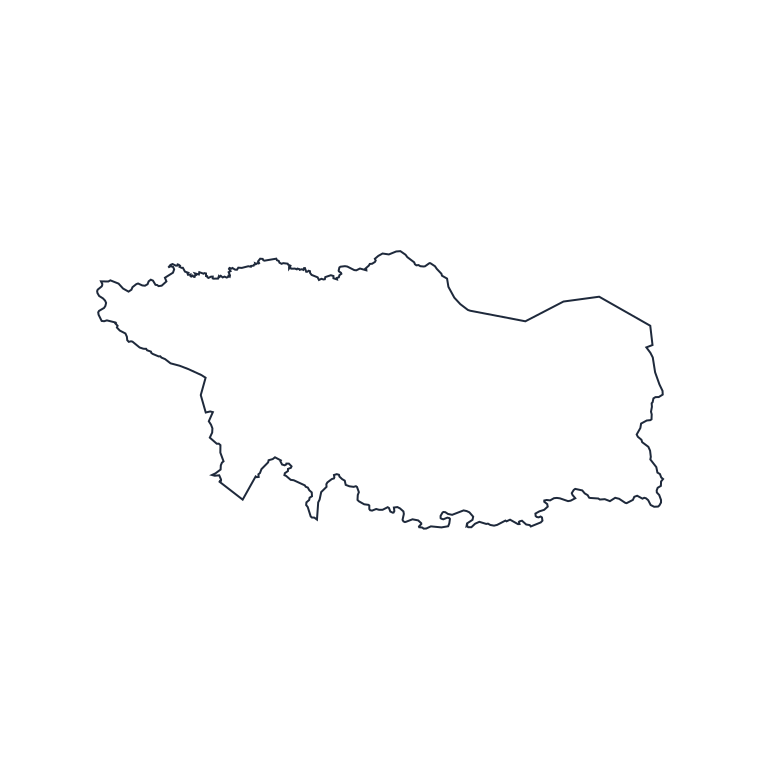 Me, Agnéby, Ivory Coast, rotated 111°
{"feature_id": "98640826B88194950838049", "entity_name": "Me", "entity_type": "district", "adm_level": 2, "iso_a3": "CIV", "parent_name": "Ivory Coast", "parent_adm1": "Agnéby", "projection": "natural_earth1", "projection_center": [-3.666, 5.937], "detail": "fine", "context": "isolated", "style": "outline", "palette": "slate", "viewbox_px": 768, "rotation_deg": 111, "n_neighbors": 0, "source": "geoboundaries", "source_scale": "gbopen_adm2", "svg_char_len": 6148}
<svg xmlns="http://www.w3.org/2000/svg" viewBox="0 0 768 768"><g transform="rotate(111 384 384)"><path d="M305.6,529.5L311.7,539.8L311.7,541.0L310.7,542.1L311.4,544.5L314.6,545.5L315.9,543.9L316.4,544.2L316.6,545.5L317.6,546.3L317.5,547.5L318.3,546.9L319.2,548.1L320.2,548.1L321.4,550.4L322.2,550.3L322.7,552.9L326.6,558.4L327.6,561.7L330.0,562.2L330.6,564.0L330.0,567.1L330.9,567.6L331.0,569.8L332.1,570.0L333.6,567.7L335.3,569.1L337.8,566.7L339.1,566.5L338.8,568.0L340.0,568.0L341.0,569.0L340.9,571.4L342.3,572.8L341.5,575.2L342.9,575.8L342.4,576.8L345.1,576.7L346.8,581.1L346.8,581.8L345.1,582.4L345.8,584.0L347.9,585.9L347.7,587.0L346.7,587.7L347.0,588.8L344.6,589.8L344.9,591.5L345.7,592.0L345.8,596.5L348.1,596.1L348.5,600.2L349.7,598.6L350.4,599.3L351.9,599.2L352.1,600.2L351.3,601.5L352.8,602.5L352.5,603.4L351.0,603.8L352.3,606.1L351.2,607.1L350.3,606.7L350.4,610.1L347.6,613.4L348.1,614.6L347.9,616.9L346.7,616.8L346.2,618.4L346.3,619.5L347.5,619.4L348.1,620.7L347.8,624.4L349.3,626.0L352.5,627.1L350.5,625.4L350.3,622.8L352.2,621.0L355.7,620.9L363.3,626.6L366.2,623.9L371.9,626.8L373.4,629.5L372.9,631.3L373.3,632.9L370.3,636.7L370.2,639.1L372.5,640.5L375.6,640.5L377.9,642.4L378.6,645.0L378.3,649.6L379.5,651.0L383.7,653.5L386.5,653.6L389.3,655.6L388.4,661.8L385.4,667.8L385.3,676.6L387.1,678.1L389.6,685.0L391.6,682.8L392.7,682.5L394.0,682.5L398.5,685.1L400.1,685.1L401.8,684.1L403.9,681.5L404.8,677.0L406.1,674.3L407.9,672.5L411.0,672.1L413.3,672.6L417.8,676.2L419.5,676.5L421.6,675.3L426.3,670.2L425.7,667.8L423.9,665.5L422.8,656.6L423.1,656.1L423.8,656.4L425.1,653.6L427.0,653.6L428.8,649.8L429.5,643.5L432.0,641.0L435.1,639.4L436.1,637.4L434.8,635.5L434.6,634.0L437.5,625.2L437.3,621.2L436.4,618.7L437.4,617.3L437.3,613.2L438.3,612.5L438.8,610.8L439.0,604.2L438.3,602.8L439.1,601.2L439.2,597.4L441.2,590.7L440.2,581.4L440.2,572.1L441.1,557.7L442.1,552.8L460.0,551.1L474.5,540.2L471.9,536.4L471.6,533.7L481.6,534.2L484.0,530.9L486.9,528.3L490.9,527.0L496.5,527.4L499.7,518.7L498.9,516.9L499.7,514.8L506.7,512.2L513.7,506.1L515.5,507.1L518.4,507.2L522.4,505.9L527.8,509.3L530.6,512.0L530.3,509.1L528.3,505.1L531.6,501.9L532.7,501.5L533.2,502.4L534.2,502.5L542.6,474.5L516.3,470.7L516.6,469.5L515.7,467.7L513.3,468.9L511.6,467.9L507.4,467.9L498.7,464.1L496.5,464.4L494.0,461.0L491.5,459.5L492.3,452.9L493.2,453.1L495.7,450.3L495.5,447.6L494.2,446.5L493.3,446.6L492.4,444.3L494.0,440.8L495.6,440.9L497.7,443.2L499.7,442.5L502.8,444.6L504.8,444.3L504.9,442.4L506.9,436.8L506.2,433.8L507.0,421.6L508.0,420.3L508.0,418.0L510.0,415.6L511.1,412.6L514.6,411.0L516.8,412.7L519.1,412.3L522.3,414.0L524.9,413.3L526.2,411.1L533.9,405.0L534.5,403.5L533.7,401.2L534.6,398.0L518.1,403.0L515.0,402.7L507.4,403.9L500.6,400.8L498.2,401.9L496.2,401.6L491.5,398.7L490.1,396.9L488.9,396.9L486.9,398.1L485.1,395.8L484.9,393.5L486.4,392.4L487.8,389.0L488.3,386.0L491.9,383.6L491.9,379.6L490.9,375.5L489.5,373.6L489.8,372.3L494.0,368.7L497.0,368.7L501.7,367.2L502.5,365.5L503.4,359.4L502.4,355.2L502.7,354.2L506.0,352.9L506.8,351.7L506.5,349.8L503.5,346.5L503.2,343.4L501.9,340.2L497.7,336.4L498.0,334.9L500.8,332.4L501.0,329.7L500.6,329.0L498.9,328.8L495.8,330.5L494.1,327.4L494.4,324.5L496.0,320.2L498.2,318.9L504.2,318.0L505.3,316.6L505.4,315.0L504.7,314.0L500.1,308.9L499.1,303.2L500.6,299.4L501.3,299.0L504.5,300.3L505.1,299.8L504.3,296.9L504.8,295.1L503.8,292.8L500.1,289.2L497.3,279.0L493.8,273.1L490.7,273.1L486.3,274.1L485.8,274.9L486.1,277.0L489.1,280.2L489.2,282.2L488.9,283.1L486.9,283.9L483.1,283.3L482.2,282.7L481.7,280.8L482.4,277.7L481.7,273.5L473.5,264.4L473.0,261.3L473.2,258.3L475.9,253.2L479.1,252.7L484.4,256.5L487.1,256.0L486.5,255.5L487.2,255.2L487.5,254.1L486.4,251.1L481.8,248.9L478.5,245.6L478.0,238.4L477.1,236.9L477.5,234.2L476.8,230.5L475.0,227.9L468.0,221.7L468.3,220.4L465.5,217.7L466.8,208.7L466.2,207.3L464.4,208.6L463.7,208.3L462.2,206.2L464.2,200.9L463.5,197.4L464.4,195.9L457.0,188.0L454.8,187.1L452.0,188.7L451.6,190.3L453.1,191.9L453.4,193.8L452.9,195.1L450.7,196.2L447.2,193.3L444.1,189.4L439.8,187.2L437.6,188.6L436.5,192.2L435.3,192.6L434.0,190.6L433.1,187.2L429.7,184.4L428.4,181.8L427.7,178.8L427.4,170.2L426.0,167.9L422.1,164.5L420.0,168.3L418.6,169.6L414.9,168.9L413.4,167.9L412.3,160.8L414.2,157.4L414.8,154.0L416.6,151.8L416.5,150.7L414.1,142.9L414.5,141.1L412.4,136.6L412.4,131.1L407.4,127.4L406.9,123.4L408.5,116.1L408.3,114.8L403.0,110.1L399.6,109.9L397.6,107.6L398.4,101.6L397.0,100.3L396.8,98.5L397.8,95.7L401.4,91.7L401.8,87.8L400.2,84.2L398.7,83.4L395.4,82.9L393.0,83.8L389.0,87.3L387.5,90.4L385.6,91.3L382.8,91.3L379.9,89.0L375.7,90.4L372.7,89.4L371.9,91.7L369.2,94.1L368.7,97.0L364.0,100.0L359.0,108.3L356.4,108.8L350.9,111.7L347.9,114.7L345.8,122.1L343.8,123.7L342.3,128.1L340.6,130.0L333.2,128.9L328.8,129.8L323.9,125.6L322.3,122.4L321.1,121.6L316.4,123.2L314.2,124.8L309.3,125.7L306.1,127.2L304.7,126.7L300.9,127.3L299.0,125.9L297.7,122.8L294.0,120.0L290.6,121.5L285.7,126.7L275.9,135.1L262.9,142.6L259.4,146.5L255.8,152.2L251.4,147.3L234.2,156.3L225.4,214.4L242.7,246.0L274.8,274.5L284.7,329.8L284.8,332.2L282.1,341.4L278.2,349.3L270.2,358.7L263.0,362.9L262.1,368.7L260.5,369.9L257.6,376.0L255.8,378.6L254.6,384.0L254.9,384.9L259.4,387.9L260.1,389.1L261.0,392.3L260.6,394.4L261.6,396.3L261.1,398.1L259.6,399.4L257.2,407.7L255.6,410.2L254.1,416.3L255.9,420.1L261.3,425.9L262.7,432.1L266.4,435.2L270.4,437.4L271.7,436.0L273.3,436.2L276.0,438.2L277.0,440.3L278.9,440.6L282.9,442.7L283.2,441.7L284.2,441.2L284.8,447.8L287.8,450.6L288.3,452.6L287.5,460.4L288.0,462.7L290.1,466.7L291.2,467.4L294.3,467.0L295.0,466.5L295.6,464.0L296.4,463.3L298.4,464.6L300.6,464.4L301.9,466.1L303.2,465.3L303.4,469.1L301.3,469.9L301.5,472.6L305.2,477.1L307.4,476.8L308.1,478.0L308.2,480.1L310.2,482.0L308.2,484.2L308.1,490.7L306.8,492.8L305.2,493.6L305.3,495.0L306.5,495.6L307.1,496.8L304.1,499.4L304.5,500.2L306.4,500.2L306.3,501.8L307.6,503.6L307.1,504.1L307.3,506.2L308.2,506.5L308.2,508.5L309.6,512.0L308.7,513.6L310.2,514.0L308.7,514.6L307.8,513.7L307.1,513.7L307.0,516.1L306.2,517.1L307.3,521.4L308.5,522.7L308.2,525.1L306.8,526.4L306.8,528.3L305.6,529.5Z" fill="none" stroke="#1e293b" stroke-width="2"/></g></svg>